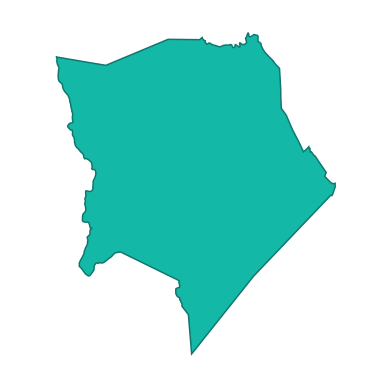 the district of Santo Domingo de Morelos, Oaxaca, Mexico, rotated 183°
{"feature_id": "50627088B71726094382652", "entity_name": "Santo Domingo de Morelos", "entity_type": "district", "adm_level": 2, "iso_a3": "MEX", "parent_name": "Mexico", "parent_adm1": "Oaxaca", "projection": "equal_earth", "projection_center": [-96.614, 15.843], "detail": "fine", "context": "isolated", "style": "filled", "palette": "teal", "viewbox_px": 384, "rotation_deg": 183, "n_neighbors": 0, "source": "geoboundaries", "source_scale": "gbopen_adm2", "svg_char_len": 4329}
<svg xmlns="http://www.w3.org/2000/svg" viewBox="0 0 384 384"><g transform="rotate(183 192 192)"><path d="M300.6,111.7L300.1,111.4L299.3,110.8L298.3,109.7L297.2,108.5L296.2,107.1L295.2,105.9L294.0,104.6L291.9,103.2L291.1,102.8L289.8,103.0L288.6,104.6L287.1,106.8L285.9,109.0L285.7,110.1L285.9,112.6L285.2,114.3L284.3,115.7L283.0,116.3L282.3,116.0L281.7,115.8L281.2,116.2L280.3,116.8L279.5,116.6L278.7,116.3L277.6,116.5L276.4,117.0L275.1,118.0L273.4,119.5L271.5,121.3L269.8,122.5L268.1,124.3L267.0,125.8L265.3,127.3L260.3,128.4L200.2,102.8L200.3,101.9L200.4,100.7L199.7,99.4L199.5,97.7L199.2,96.9L199.5,96.3L200.3,95.9L202.1,95.1L202.8,94.8L203.1,94.2L203.0,92.5L202.9,90.4L202.6,89.3L202.1,88.3L201.1,86.9L200.1,86.3L199.2,85.8L198.7,85.5L198.6,84.9L198.6,83.8L197.5,82.6L197.3,81.7L196.1,79.5L196.0,78.7L196.2,77.9L195.7,76.9L189.2,69.4L183.9,30.3L178.8,37.3L172.6,46.1L126.0,111.3L53.5,195.7L52.1,195.8L51.6,196.5L49.3,204.4L49.5,208.2L51.8,207.6L54.2,208.9L60.3,214.6L59.0,218.7L59.3,218.9L71.2,234.6L72.4,235.2L74.9,238.4L76.1,238.2L76.4,241.4L76.9,241.2L77.7,243.4L78.3,242.6L79.5,241.2L80.3,240.3L81.2,239.3L82.3,238.7L82.8,238.0L87.2,246.3L91.3,253.3L94.8,259.3L102.0,273.8L107.2,280.2L108.1,289.3L108.9,300.1L110.0,310.5L111.1,320.1L115.3,324.0L118.5,327.9L121.6,330.6L126.7,335.5L128.7,338.4L128.9,338.8L130.0,340.6L130.7,342.8L131.0,344.0L132.5,345.1L133.4,345.4L133.9,346.0L134.1,346.7L134.1,348.4L134.2,349.5L134.1,350.6L134.1,350.8L134.4,351.2L135.0,351.8L135.6,352.0L136.6,352.2L138.5,352.5L139.9,351.3L141.7,350.1L142.6,350.2L143.2,350.5L143.9,353.5L144.3,353.7L144.8,352.8L145.2,351.9L145.5,350.0L146.0,349.1L146.6,348.5L145.8,345.7L145.3,344.5L145.6,343.5L147.5,342.0L149.6,342.0L150.7,342.6L151.9,343.5L152.3,343.0L151.8,341.1L151.7,339.8L152.0,339.3L152.8,339.4L154.4,340.5L155.9,341.3L156.4,341.5L156.6,341.2L156.7,340.0L156.7,339.1L157.2,338.7L158.3,338.3L158.8,338.6L159.5,339.8L160.2,341.0L160.9,341.3L161.8,341.1L161.8,340.8L162.4,340.6L165.5,340.6L168.2,340.1L169.7,339.3L170.8,338.8L171.7,338.6L172.4,338.4L174.1,338.9L175.5,339.3L176.4,339.6L177.6,339.7L179.9,340.4L181.4,341.4L182.8,341.7L183.5,341.3L184.2,340.5L184.9,340.4L185.5,340.9L186.6,342.3L186.7,343.7L187.6,343.9L188.8,345.0L189.6,345.6L189.9,346.8L192.5,344.5L223.9,343.2L284.6,314.0L300.1,315.7L334.1,319.7L334.7,320.4L333.7,317.8L333.9,315.8L333.6,314.5L333.1,312.5L331.5,309.5L331.3,308.1L331.6,307.0L331.7,303.6L331.8,301.2L331.5,298.4L330.9,296.5L330.6,295.8L329.9,295.1L328.7,294.2L327.3,292.8L326.9,292.0L326.8,290.4L326.4,289.1L325.5,287.5L324.5,285.8L320.9,282.1L320.4,281.0L319.9,280.2L319.2,278.4L318.8,276.1L318.5,275.3L317.9,273.6L317.6,272.3L317.5,271.3L317.3,270.5L317.1,269.7L316.7,268.8L316.3,267.7L316.3,266.7L315.6,264.9L315.2,263.5L315.4,260.9L315.4,259.8L315.0,257.4L314.5,255.9L314.5,255.5L314.5,255.3L314.9,255.0L315.5,254.7L316.8,254.6L317.7,254.1L318.7,253.1L319.6,251.5L319.6,251.2L319.3,250.3L317.7,248.6L316.6,247.7L315.2,247.4L314.8,247.3L314.7,246.8L314.4,245.2L314.4,243.0L314.2,242.3L313.7,241.7L313.4,241.1L313.0,240.8L312.7,240.1L312.1,238.0L311.9,235.8L311.6,234.1L310.9,232.6L310.2,231.4L309.3,230.2L308.5,229.9L307.2,228.4L305.3,226.3L303.1,224.5L302.4,223.5L301.8,221.2L301.4,220.1L301.0,219.6L299.6,219.8L298.8,219.6L296.9,218.7L295.9,217.8L295.1,217.3L294.5,216.9L293.8,215.6L293.6,214.9L293.0,211.6L293.3,210.4L293.4,210.1L293.1,209.8L292.5,209.2L291.7,209.4L290.4,209.2L289.6,208.2L288.9,206.0L289.0,205.8L289.0,205.2L289.1,204.1L289.4,202.4L290.1,200.4L290.8,199.0L291.2,197.9L291.2,197.2L291.2,195.8L291.2,194.6L291.2,190.6L291.3,189.1L292.0,188.1L292.7,187.5L293.9,187.2L295.8,187.3L297.1,187.6L297.8,187.7L298.2,187.1L298.2,185.8L297.9,184.0L297.6,182.3L298.0,181.3L298.5,180.4L298.6,179.7L298.5,178.8L298.2,178.1L297.9,177.0L298.5,175.2L298.4,174.1L297.8,172.4L297.3,170.5L297.2,168.5L297.4,167.2L299.0,165.0L299.8,163.9L300.0,162.0L300.0,158.7L299.9,157.7L299.7,157.2L299.1,156.7L297.5,156.4L295.8,156.3L294.3,156.5L293.6,156.0L293.1,155.3L292.5,153.4L291.7,150.7L290.3,150.6L291.8,148.5L291.8,147.4L291.8,146.5L291.6,144.4L293.0,142.8L294.4,141.4L293.5,138.7L293.5,137.5L293.8,136.6L293.6,134.9L294.6,132.2L295.4,130.7L295.8,128.8L296.5,127.4L296.5,126.0L296.8,124.3L297.5,122.8L298.7,120.1L299.8,118.0L300.9,115.0L300.6,111.7Z" fill="#14b8a6" stroke="#0f766e" stroke-width="1.5"/></g></svg>